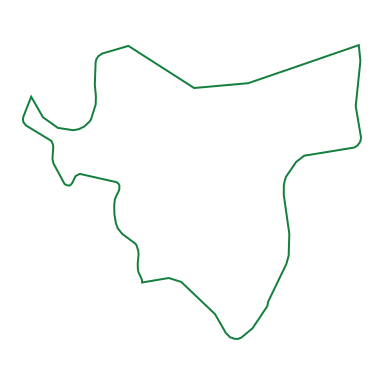 the London Borough (royal) of Greenwich
{"feature_id": "GBR-2068", "entity_name": "Greenwich", "entity_type": "London Borough (royal)", "adm_level": 1, "iso_a3": "GBR", "parent_name": "United Kingdom", "parent_adm1": "", "projection": "orthographic", "projection_center": [0.032, 51.463], "detail": "fine", "context": "isolated", "style": "outline", "palette": "green", "viewbox_px": 384, "rotation_deg": 0, "n_neighbors": 0, "source": "natural_earth", "source_scale": "10m", "svg_char_len": 1161}
<svg xmlns="http://www.w3.org/2000/svg" viewBox="0 0 384 384"><path d="M73.2,130.2L78.8,129.2L84.4,126.4L89.7,121.4L91.0,119.4L95.7,104.4L95.9,96.1L94.8,84.7L95.6,62.4L96.3,59.4L98.2,56.3L102.3,53.5L128.4,45.9L194.1,88.0L248.1,83.2L305.0,63.7L358.8,45.1L360.4,61.0L355.7,106.2L361.0,137.4L360.6,140.5L359.7,142.5L357.6,145.4L354.4,147.5L304.2,155.7L296.2,161.9L286.0,176.8L284.7,180.7L283.8,186.2L283.8,195.1L289.3,233.7L288.7,255.5L286.4,263.9L268.2,301.6L267.3,306.2L252.5,328.3L241.3,337.6L238.0,338.9L234.8,338.9L230.0,337.2L225.8,332.9L215.0,314.1L181.2,281.9L168.8,278.0L142.1,282.5L142.1,281.6L142.0,280.1L141.3,278.2L138.5,272.3L137.9,269.5L137.7,263.8L138.6,254.2L138.1,250.4L136.7,245.7L135.5,243.8L122.2,233.9L117.8,228.4L115.9,223.3L114.4,214.2L114.2,205.6L114.8,199.8L115.7,197.2L118.8,190.8L119.3,189.3L119.4,185.6L118.6,183.9L117.7,183.0L116.6,182.2L79.8,173.9L75.6,176.1L72.1,183.2L70.5,185.0L69.5,185.6L66.7,185.2L64.5,183.9L53.5,163.5L52.6,159.7L52.5,158.1L53.3,146.6L52.8,144.1L51.3,140.9L25.9,125.4L23.5,122.4L23.1,120.7L23.0,118.8L23.4,116.6L31.2,96.8L43.0,117.3L57.9,127.9L73.2,130.2Z" fill="none" stroke="#15803d" stroke-width="2"/></svg>